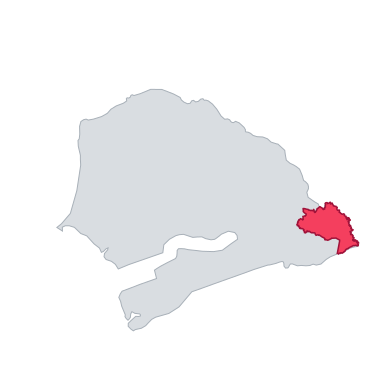 Saraya, Kédougou, Senegal shown in context, rotated 340°
{"feature_id": "50182788B8770711358016", "entity_name": "Saraya", "entity_type": "district", "adm_level": 2, "iso_a3": "SEN", "parent_name": "Senegal", "parent_adm1": "Kédougou", "projection": "robinson", "projection_center": [-11.845, 12.924], "detail": "fine", "context": "in_parent", "style": "filled", "palette": "rose", "viewbox_px": 384, "rotation_deg": 340, "n_neighbors": 0, "source": "geoboundaries", "source_scale": "gbopen_adm2", "svg_char_len": 8798}
<svg xmlns="http://www.w3.org/2000/svg" viewBox="0 0 384 384"><g transform="rotate(340 192 192)"><path d="M289.1,176.3L293.4,184.6L292.5,188.5L291.5,194.3L293.9,198.5L296.7,201.3L298.7,203.8L300.9,207.3L301.2,214.2L300.8,219.2L302.3,221.4L303.5,224.3L303.3,226.7L302.5,228.8L299.8,231.6L299.3,236.7L303.7,243.0L306.5,246.4L306.5,248.4L307.2,250.5L309.3,253.0L310.6,252.4L312.0,250.4L312.6,249.0L316.4,249.6L318.2,250.3L320.6,254.4L321.5,257.1L322.1,260.5L324.6,264.8L326.8,267.8L327.2,269.7L329.2,272.3L328.0,277.9L328.1,280.8L326.8,288.4L326.5,292.0L326.6,293.3L329.6,296.0L329.3,299.9L326.2,299.2L321.0,298.8L310.4,300.8L306.8,299.9L299.8,300.2L294.9,301.3L288.6,303.8L283.8,303.2L281.1,301.2L277.7,301.4L273.8,300.3L269.6,298.4L265.8,297.4L261.7,293.9L259.8,293.3L258.5,294.2L257.3,295.4L256.1,296.1L253.9,295.5L253.1,293.1L253.8,290.8L254.0,289.1L252.9,288.1L250.4,287.8L246.4,287.8L239.9,287.1L238.4,286.6L223.8,286.0L208.7,286.0L195.9,285.9L179.7,285.8L168.3,285.8L157.7,285.7L149.5,290.4L140.6,295.5L128.7,298.2L115.0,297.2L110.6,297.9L106.0,300.1L102.7,301.8L97.9,302.7L91.8,301.9L89.4,302.4L87.8,300.1L86.1,296.4L87.2,293.6L90.9,291.9L96.6,289.6L99.5,290.8L101.2,290.8L101.5,289.3L101.0,288.6L96.8,286.5L94.6,283.9L92.8,285.5L91.2,288.7L89.9,289.7L88.0,290.6L86.9,288.4L86.4,286.2L87.3,284.6L86.9,275.3L87.5,270.3L87.2,266.0L89.9,263.1L92.4,261.3L102.2,261.2L111.3,261.0L120.1,261.1L129.1,261.2L130.0,252.6L132.8,251.9L137.1,251.0L145.0,249.9L153.8,248.9L155.7,247.2L157.1,244.3L158.1,241.8L159.9,240.7L162.4,241.5L165.6,242.9L168.9,245.0L172.8,246.9L175.3,248.1L181.4,251.2L191.9,255.4L200.6,257.1L211.0,254.0L218.6,252.0L219.5,248.3L218.3,244.7L212.7,241.3L205.1,241.7L202.8,242.6L199.2,243.7L197.1,244.2L193.5,243.4L188.9,240.5L186.0,237.6L182.0,236.2L177.2,234.9L169.6,228.9L165.6,227.8L161.9,227.5L154.6,228.7L147.5,231.9L143.8,239.1L136.7,239.0L121.6,238.8L107.8,238.6L96.4,239.1L95.3,233.8L92.6,229.6L88.2,226.1L87.2,222.8L88.7,219.9L93.0,217.5L94.0,215.8L91.8,216.0L88.4,217.6L86.2,217.7L85.9,213.1L82.2,207.2L78.1,197.2L73.3,193.0L69.4,185.0L65.2,181.8L61.4,180.4L58.1,180.7L56.9,184.4L52.9,179.1L58.5,177.2L70.4,170.5L84.2,151.4L96.6,128.7L98.2,123.4L99.7,119.3L100.8,110.1L102.5,104.6L104.2,103.5L106.3,99.3L108.8,91.9L111.7,87.8L114.9,87.0L117.4,87.3L119.1,88.9L124.3,89.8L132.8,90.2L139.4,89.1L144.1,86.5L150.2,85.2L157.8,85.1L161.8,84.1L162.2,81.9L163.2,81.3L164.8,82.1L166.3,81.8L167.7,80.3L169.1,80.2L170.5,81.5L176.9,81.9L188.2,81.4L198.7,85.3L208.2,93.6L213.2,99.1L213.5,101.9L215.1,104.7L217.9,107.5L220.6,108.0L223.0,106.2L224.8,106.4L226.2,108.6L228.9,109.0L232.0,107.7L234.2,108.1L234.6,109.4L235.1,110.1L236.5,110.4L238.5,112.0L241.3,116.4L243.6,122.6L245.3,130.5L247.6,134.8L250.5,135.5L252.1,137.1L252.5,139.0L253.3,140.2L254.7,141.0L257.1,140.5L260.0,143.2L263.0,149.0L263.5,151.6L263.0,153.0L263.2,154.0L265.2,155.0L267.1,156.9L268.7,159.7L272.1,162.3L277.3,164.5L281.1,167.8L283.4,172.2L288.2,175.9L289.1,176.3Z" fill="#d9dde1" stroke="#a8b0b8" stroke-width="1"/><path d="M290.8,245.6L290.5,245.9L290.6,246.2L290.6,246.6L290.4,247.4L290.2,247.5L289.9,248.0L290.0,248.4L290.0,248.9L291.3,251.3L291.8,251.8L291.3,252.7L290.9,253.0L290.4,253.0L290.2,253.3L289.5,253.0L288.8,253.1L287.9,252.9L287.7,253.2L287.7,254.2L287.5,254.6L287.1,255.0L287.1,255.7L287.1,255.8L286.8,255.9L286.5,256.0L286.0,255.1L285.6,254.9L284.8,254.2L284.5,254.3L283.5,254.8L283.0,254.6L282.8,255.0L282.7,255.3L282.4,255.3L282.2,255.4L282.0,255.5L281.9,255.7L281.7,255.7L281.6,255.9L281.2,256.2L281.1,256.4L280.9,256.8L281.0,257.0L280.8,257.0L280.7,257.2L280.4,257.3L280.1,258.6L279.7,258.9L279.8,259.0L279.7,259.2L279.6,259.3L279.5,259.2L279.5,259.5L279.9,259.6L280.1,259.8L280.4,259.9L280.5,260.0L280.3,260.3L280.7,260.5L280.5,261.0L280.9,261.6L280.7,262.1L281.0,262.3L280.9,262.7L281.0,262.7L281.4,262.8L281.1,263.2L281.2,263.4L281.9,263.6L282.4,264.0L282.7,264.0L283.3,264.2L283.9,265.0L283.8,265.5L283.7,266.1L284.0,266.1L283.8,266.4L284.0,266.8L284.1,267.4L284.0,267.6L284.3,268.0L284.2,268.1L283.9,268.2L283.8,268.6L284.5,269.2L285.3,269.1L285.8,268.7L286.2,268.8L286.3,268.7L286.4,268.3L286.9,267.9L287.0,268.1L287.2,268.7L287.6,268.7L287.8,269.0L288.1,268.9L288.2,269.1L288.6,269.1L288.9,269.1L289.1,269.3L289.2,269.6L289.3,270.1L289.6,270.2L289.7,270.6L290.1,270.8L290.5,271.3L291.5,271.4L291.7,271.6L291.7,271.8L291.9,271.9L292.6,272.0L292.9,272.1L293.5,272.7L293.4,274.0L293.5,274.4L293.8,275.1L294.4,275.1L294.5,275.2L295.5,275.2L295.9,275.4L296.1,275.9L296.8,275.9L297.1,276.2L297.5,276.8L297.6,277.1L297.9,277.2L298.4,278.1L298.7,278.4L298.8,278.6L299.0,279.0L299.4,279.3L299.7,279.6L300.0,279.8L300.2,280.0L300.3,280.4L300.5,280.5L300.7,280.8L300.7,281.5L300.9,281.6L301.1,282.0L300.6,282.3L300.7,282.5L301.1,282.5L301.7,282.9L301.8,282.9L302.3,283.1L302.8,283.6L303.1,283.8L304.8,283.7L306.5,283.5L306.9,283.5L307.3,283.4L307.4,283.2L307.9,283.4L311.1,284.4L311.8,284.7L312.2,285.4L312.6,285.8L314.0,287.3L314.3,287.7L313.7,289.0L307.7,299.1L307.9,299.1L307.9,299.5L308.3,299.9L308.5,300.0L308.6,300.3L309.3,299.9L309.5,300.0L310.1,300.0L310.3,300.1L310.5,299.9L310.9,300.0L311.0,300.3L311.2,300.2L311.9,300.3L312.2,300.8L312.6,300.8L313.0,300.6L313.8,300.6L314.0,300.6L314.4,300.0L314.6,300.0L315.2,300.0L315.4,300.0L315.7,299.8L316.1,299.2L316.5,299.0L316.6,298.8L317.1,298.6L317.6,298.6L318.4,298.3L318.5,298.3L318.8,298.6L319.0,298.6L319.3,298.4L319.7,298.5L320.2,298.1L322.4,297.8L322.7,297.9L325.2,297.5L325.4,297.5L325.8,297.9L326.3,297.9L326.7,298.0L327.2,298.0L327.4,298.1L327.9,298.2L328.5,298.7L328.6,299.0L328.8,299.1L329.8,299.2L330.0,299.0L330.3,298.3L330.1,298.1L330.0,297.9L330.0,297.5L329.9,297.3L330.2,297.2L330.4,297.2L330.6,297.0L330.7,296.7L331.0,296.7L330.9,296.5L331.0,296.3L330.8,296.1L330.5,295.9L330.8,295.3L330.6,294.5L330.4,294.4L330.2,294.5L330.0,295.2L330.1,295.6L330.0,295.8L329.9,295.7L329.5,295.3L329.7,294.4L329.6,293.8L329.0,293.6L329.2,293.3L329.3,293.0L329.2,292.9L328.7,292.9L328.5,292.7L328.4,292.8L328.2,293.1L328.3,293.7L328.2,293.8L327.5,293.5L327.5,292.7L327.3,292.4L327.1,292.4L326.8,292.7L326.6,292.5L326.9,291.4L327.8,291.5L327.9,291.4L328.6,290.3L328.2,289.8L327.7,289.5L327.6,289.2L327.8,288.8L328.2,288.6L328.4,288.3L328.3,287.9L328.1,287.8L328.1,287.1L327.7,286.5L327.3,286.6L326.8,286.5L326.6,286.3L326.6,286.0L326.6,285.8L326.9,285.6L327.0,285.4L327.0,284.4L327.3,284.8L327.6,284.7L327.6,283.9L327.6,283.2L328.8,283.1L329.4,283.2L330.0,283.0L330.2,282.7L329.5,282.6L329.4,282.3L329.7,282.0L329.6,281.7L329.3,281.2L329.0,281.1L328.8,280.9L328.8,280.7L329.4,280.6L329.5,279.3L329.2,278.8L329.5,277.9L329.4,277.8L329.1,278.1L328.6,278.1L328.6,277.5L328.2,277.1L328.3,276.9L328.9,276.6L328.9,276.2L328.6,275.9L328.5,275.5L328.6,274.8L329.3,274.1L329.2,273.9L328.8,273.8L328.7,273.7L328.6,273.3L328.8,272.8L329.1,272.7L329.2,273.1L329.6,272.9L330.3,272.8L331.0,272.6L331.1,272.2L330.7,271.6L330.7,271.3L330.7,270.3L330.3,269.7L329.9,269.6L329.5,269.6L329.6,270.5L329.4,271.0L329.1,271.0L328.9,270.8L328.6,270.6L328.4,270.8L328.2,270.8L328.2,270.6L328.4,270.1L328.0,269.6L328.0,269.3L328.2,269.2L328.9,269.0L328.9,268.9L328.7,268.5L328.1,268.2L328.3,267.4L327.8,267.2L327.5,266.7L327.1,266.3L327.2,266.0L327.6,265.5L327.6,265.0L327.5,264.9L327.2,264.7L326.8,264.3L325.6,264.3L325.3,264.1L325.1,263.6L325.0,263.4L324.5,263.1L324.3,262.2L324.2,261.9L323.6,261.7L323.4,261.3L323.5,261.1L324.0,260.5L324.3,259.8L324.3,259.5L324.0,259.2L322.7,259.1L322.4,258.7L322.3,258.4L322.4,257.2L323.0,256.5L323.2,256.1L322.7,255.7L322.4,255.2L322.4,254.7L321.2,254.2L320.7,253.5L320.2,253.4L320.3,252.7L319.9,251.9L320.0,250.7L319.9,250.4L319.7,250.4L319.3,250.6L318.9,250.7L318.1,250.6L318.1,250.4L318.6,249.7L318.6,249.4L318.5,249.0L318.1,248.9L317.6,249.0L316.7,249.3L316.2,249.2L315.6,249.3L315.5,249.1L315.5,248.5L315.2,248.1L313.9,247.9L313.5,248.1L313.2,248.3L313.4,249.3L313.1,249.6L312.9,250.0L312.6,250.4L312.2,251.8L311.5,251.9L311.2,252.1L311.1,252.3L311.0,253.0L310.9,253.3L309.6,253.4L309.3,253.3L309.2,253.1L309.5,252.6L309.4,252.2L309.0,252.1L308.6,251.2L308.0,250.7L307.5,249.8L307.0,249.6L306.8,249.5L306.4,249.7L306.0,250.0L305.5,250.1L305.1,250.2L304.9,250.4L304.5,250.6L304.1,250.4L303.8,250.5L303.5,250.9L303.4,251.2L303.0,251.7L302.7,251.8L302.4,252.3L302.2,252.3L302.0,252.5L301.5,252.5L301.1,253.2L300.9,253.3L300.4,253.2L300.3,252.7L300.1,252.4L300.4,252.1L300.5,251.7L300.3,251.4L300.3,251.0L300.4,250.8L300.4,250.5L300.5,250.3L300.5,250.2L300.4,250.1L299.8,250.6L299.5,250.7L299.4,250.8L299.2,250.9L298.9,250.6L298.7,250.6L298.5,250.3L297.9,250.1L297.6,250.2L297.3,249.9L296.9,249.9L296.6,249.5L296.2,249.1L295.7,249.1L295.5,248.8L295.3,248.6L295.2,248.1L295.0,247.9L294.3,247.7L292.9,246.7L292.7,246.5L291.7,245.9L291.5,246.0L291.1,245.7L290.8,245.6Z" fill="#f43f5e" stroke="#9f1239" stroke-width="1.5"/></g></svg>